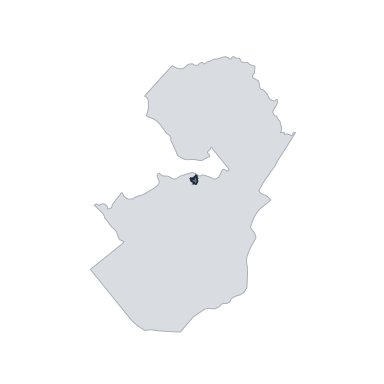 Kitwe, Copperbelt, Zambia shown in context, rotated 321°
{"feature_id": "96606910B1018737914833", "entity_name": "Kitwe", "entity_type": "district", "adm_level": 2, "iso_a3": "ZMB", "parent_name": "Zambia", "parent_adm1": "Copperbelt", "projection": "mercator", "projection_center": [28.274, -12.828], "detail": "fine", "context": "in_parent", "style": "filled", "palette": "slate", "viewbox_px": 384, "rotation_deg": 321, "n_neighbors": 0, "source": "geoboundaries", "source_scale": "gbopen_adm2", "svg_char_len": 5453}
<svg xmlns="http://www.w3.org/2000/svg" viewBox="0 0 384 384"><g transform="rotate(321 192 192)"><path d="M248.3,247.9L233.8,247.9L228.5,249.1L224.1,250.9L218.9,253.8L215.9,255.7L215.1,256.8L214.7,259.3L214.7,263.0L214.1,265.7L212.6,268.1L204.7,271.1L199.5,273.6L194.4,276.5L190.6,280.2L188.0,284.8L183.6,290.6L174.5,300.8L169.2,302.7L164.8,302.3L159.5,300.1L155.2,299.7L152.1,301.1L149.2,300.7L146.5,298.5L144.3,297.7L142.5,298.3L140.2,298.2L136.0,297.0L132.3,293.4L130.4,291.9L128.8,291.3L124.5,290.7L114.5,289.9L104.1,291.7L94.9,293.5L85.6,285.4L76.7,276.8L74.8,274.6L71.4,271.7L69.0,270.3L68.0,269.6L65.6,262.0L64.3,255.0L64.3,188.3L105.0,188.3L107.6,188.0L107.8,187.3L105.9,183.7L106.0,182.5L106.5,180.1L108.3,175.3L108.4,173.7L107.6,168.5L107.6,165.6L108.1,159.7L107.8,157.7L108.8,155.1L109.1,153.3L109.5,152.6L109.0,150.6L108.2,143.6L107.7,140.7L110.2,141.1L111.0,142.5L111.4,144.1L112.5,144.2L115.4,145.1L116.5,146.4L117.1,149.2L116.7,150.6L115.8,151.8L116.7,152.8L118.7,153.5L119.8,153.3L123.1,151.4L126.1,150.7L127.6,150.2L134.4,148.9L135.7,148.3L136.6,148.3L137.3,148.8L136.7,150.8L136.5,152.6L137.3,155.9L138.0,157.4L139.4,158.6L140.4,159.1L141.5,160.3L143.9,160.1L149.0,161.8L150.6,162.6L152.8,163.4L154.3,163.7L159.6,164.3L165.2,165.2L168.2,165.3L170.2,165.1L171.7,164.6L172.5,164.0L173.0,163.6L175.1,157.3L176.1,156.8L177.5,156.4L178.4,157.0L179.3,161.0L183.3,164.6L184.7,167.6L185.7,170.2L186.6,170.9L188.2,171.8L190.6,172.1L192.8,172.2L203.8,176.6L205.0,177.4L206.3,179.8L207.1,182.5L208.0,184.6L209.4,185.0L210.6,185.1L211.9,186.6L212.8,187.8L216.1,193.1L216.5,195.1L218.1,196.5L220.2,197.1L222.2,197.2L223.4,196.6L226.2,195.5L228.3,194.3L229.9,193.8L230.9,194.1L231.6,195.0L232.1,197.6L233.6,198.4L234.8,198.1L235.2,197.1L235.2,196.6L235.2,169.3L234.2,169.5L232.9,170.3L230.0,170.4L228.9,171.0L228.6,171.8L228.8,173.0L228.8,174.5L228.4,175.2L227.2,175.5L225.3,174.9L222.0,174.1L219.2,173.7L217.2,171.6L214.5,168.5L212.8,167.0L208.5,163.8L207.8,163.1L206.5,161.6L205.4,159.1L204.3,156.2L203.7,154.3L204.8,151.4L207.3,142.0L207.8,139.1L209.9,136.2L210.0,133.5L209.2,130.1L209.4,128.2L209.7,117.5L209.1,114.2L207.8,110.4L204.7,105.2L204.7,104.1L209.4,100.7L210.8,99.4L213.3,96.7L214.9,94.4L216.0,92.5L216.4,90.0L215.6,87.7L217.2,87.3L256.1,81.3L256.7,82.9L257.8,85.5L259.2,87.5L260.8,89.2L262.3,90.2L263.2,90.5L269.2,90.4L271.4,91.5L273.2,92.8L273.7,94.8L274.9,96.1L276.3,97.1L276.9,97.2L277.8,97.0L279.4,96.9L280.9,97.4L281.6,97.8L281.7,99.5L282.2,100.3L284.2,100.6L286.3,100.7L288.2,101.9L290.4,102.1L292.9,102.6L294.1,103.8L296.7,105.1L300.0,106.3L303.5,108.1L303.6,108.7L304.2,109.8L304.8,110.6L304.9,111.8L305.2,112.9L306.1,113.2L306.9,113.3L307.6,112.5L308.5,112.5L309.6,113.0L309.9,114.3L310.7,115.9L312.1,117.1L313.0,118.2L312.7,120.3L312.1,122.1L313.9,124.0L316.2,125.7L316.8,126.5L317.0,129.1L317.4,130.0L319.0,132.1L319.7,133.6L319.7,134.4L315.4,138.7L312.8,139.4L311.7,140.2L311.0,141.2L312.7,145.4L313.6,147.0L312.8,149.1L311.2,152.5L310.4,152.8L310.2,155.5L310.7,156.4L311.6,157.2L311.9,158.9L311.9,163.3L310.8,168.4L312.7,172.7L313.4,173.2L316.0,173.3L316.5,173.6L315.8,174.9L314.0,176.8L310.6,178.3L305.8,180.0L304.7,181.6L304.1,183.9L304.6,185.2L305.3,186.0L305.1,188.0L304.6,190.1L304.8,191.8L304.6,193.3L303.9,194.0L303.1,196.3L302.0,198.5L301.2,199.5L300.0,200.6L298.1,201.5L298.1,202.0L300.3,203.0L300.9,203.7L301.1,204.2L300.1,205.4L301.1,206.0L302.4,206.6L303.5,208.1L304.9,211.0L305.1,211.2L305.5,211.3L306.2,211.0L307.5,209.8L308.5,209.4L309.7,211.0L289.4,218.0L284.6,219.5L277.5,221.9L275.2,222.9L273.3,223.8L254.4,229.2L251.4,230.3L244.7,233.1L244.5,233.6L244.6,234.8L245.2,237.5L246.4,239.9L247.3,241.3L248.0,244.8L248.3,247.9Z" fill="#d9dde1" stroke="#a8b0b8" stroke-width="1"/><path d="M198.3,186.5L198.6,186.8L198.8,187.0L199.0,187.1L199.2,187.3L199.3,187.3L199.4,187.5L199.4,187.4L199.5,187.5L199.5,187.4L199.6,187.5L199.7,187.8L199.8,187.9L199.8,188.0L200.0,188.2L200.0,188.3L200.3,188.3L200.4,188.5L200.5,188.5L200.6,188.4L200.6,188.2L200.8,188.1L201.0,188.1L201.3,188.0L201.4,187.9L201.5,187.9L201.8,187.9L201.8,187.7L202.0,187.5L202.1,187.4L202.3,187.4L202.5,187.3L202.8,187.3L202.8,187.2L203.0,187.1L203.3,186.9L203.4,185.7L203.5,185.3L203.8,185.3L204.1,185.2L204.3,185.2L204.5,184.9L204.6,184.7L204.6,184.4L204.6,184.2L204.7,184.3L204.7,184.2L204.8,184.3L204.8,184.2L205.0,184.2L205.0,183.9L205.0,183.7L205.2,183.4L205.3,183.4L205.5,183.2L205.8,182.9L206.0,182.8L206.0,182.7L205.6,181.8L205.6,181.7L205.5,181.8L205.4,181.8L205.2,181.8L204.9,181.8L204.7,181.8L204.4,181.7L204.2,181.7L203.9,181.7L203.9,181.8L203.7,181.8L203.4,181.9L203.4,182.0L203.2,182.1L202.9,182.2L202.7,182.0L202.5,182.3L202.4,182.4L202.4,182.5L202.2,182.7L202.2,182.8L202.1,183.0L201.9,183.1L201.7,183.2L201.4,183.2L201.2,183.1L201.1,182.9L201.3,182.9L201.2,182.8L201.1,182.7L201.0,182.4L201.1,182.2L201.0,182.3L200.9,182.3L200.9,182.2L201.0,182.0L201.1,181.9L201.3,181.8L201.3,181.7L201.2,181.7L200.9,181.5L200.8,181.4L200.7,181.3L200.7,181.2L200.4,181.1L200.2,180.9L199.9,180.7L199.7,180.5L199.8,180.5L199.7,180.5L199.7,180.4L199.4,180.5L199.3,180.8L199.1,181.1L199.0,181.3L198.8,181.4L198.6,181.6L198.5,181.8L198.9,182.0L199.0,182.1L199.5,182.7L198.2,183.4L198.8,184.6L199.0,184.8L199.2,185.0L199.3,185.1L199.5,185.3L199.7,185.5L199.8,185.8L199.7,185.9L199.3,185.9L199.2,185.9L199.0,185.7L199.0,185.8L198.9,186.0L198.7,186.2L198.6,186.3L198.4,186.5L198.3,186.5Z" fill="#64748b" stroke="#1e293b" stroke-width="1.5"/></g></svg>